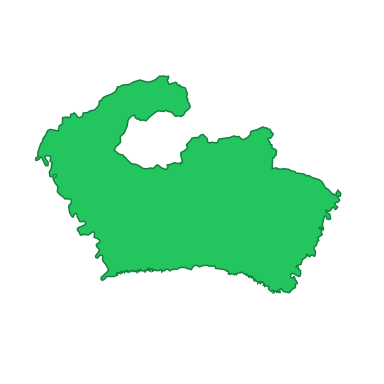 Makhoalipana, Maseru, Lesotho (Natural Earth projection), rotated 166°
{"feature_id": "5366337B32036214751587", "entity_name": "Makhoalipana", "entity_type": "district", "adm_level": 2, "iso_a3": "LSO", "parent_name": "Lesotho", "parent_adm1": "Maseru", "projection": "natural_earth1", "projection_center": [28.011, -29.76], "detail": "fine", "context": "isolated", "style": "filled", "palette": "green", "viewbox_px": 384, "rotation_deg": 166, "n_neighbors": 0, "source": "geoboundaries", "source_scale": "gbopen_adm2", "svg_char_len": 6030}
<svg xmlns="http://www.w3.org/2000/svg" viewBox="0 0 384 384"><g transform="rotate(166 192 192)"><path d="M179.2,244.2L180.7,242.5L186.0,239.1L185.6,235.7L189.5,233.8L193.2,233.0L193.9,230.8L194.0,223.4L194.9,223.6L195.4,222.6L196.1,222.8L196.4,222.2L196.9,223.0L198.1,222.8L202.1,224.7L205.7,224.0L209.6,224.2L209.3,221.8L211.9,220.0L215.6,222.7L218.2,226.1L219.6,226.8L223.7,224.2L226.4,225.3L230.3,225.4L233.8,226.7L237.5,230.7L240.2,232.6L243.9,234.0L247.7,239.9L248.5,242.1L249.2,242.3L249.8,244.4L253.7,246.5L257.3,251.3L254.5,254.8L251.9,255.7L249.2,257.8L248.2,263.1L243.6,265.6L239.0,271.6L236.5,277.5L232.3,280.4L229.0,280.4L229.1,278.0L227.6,276.0L225.7,275.8L225.3,274.3L220.9,273.3L219.5,272.2L215.0,275.1L207.5,278.5L205.1,278.9L199.7,276.9L197.9,277.7L195.8,275.9L192.9,274.7L189.7,269.5L186.4,269.1L184.4,267.9L181.5,268.8L179.1,271.5L174.1,273.9L173.1,275.3L173.3,278.5L174.4,281.7L173.6,283.2L174.4,285.4L172.7,288.3L173.4,294.6L177.5,297.0L177.7,298.4L180.0,299.4L180.5,301.7L181.5,302.4L188.2,302.0L189.0,306.4L187.0,308.6L186.9,310.0L189.3,310.2L192.0,311.7L193.9,311.5L195.1,312.3L200.6,309.8L203.7,309.1L208.4,309.2L215.5,313.3L221.8,312.9L227.2,311.5L233.9,312.6L236.5,311.6L238.8,312.1L241.6,308.3L242.7,307.7L246.2,306.5L253.1,305.7L255.7,304.9L258.2,302.8L259.6,302.8L261.7,298.4L266.4,295.2L271.0,295.4L274.7,294.3L277.8,295.0L278.4,294.9L280.4,291.7L283.4,291.4L285.2,292.6L285.4,294.3L287.1,297.4L288.5,296.5L290.7,296.7L291.9,294.3L293.0,293.8L295.0,294.9L299.6,295.4L301.2,289.8L301.8,288.9L303.5,288.9L305.0,288.0L307.0,283.6L314.6,287.1L317.4,286.4L320.2,282.6L324.0,279.4L324.8,277.0L326.7,275.8L329.0,272.5L331.6,268.4L332.7,265.0L332.4,263.5L334.8,263.2L335.9,261.5L335.8,260.6L334.9,260.2L332.2,260.9L330.5,262.4L329.5,262.2L327.7,253.0L325.4,252.4L324.4,255.2L326.5,261.7L326.2,262.3L324.3,262.4L320.8,261.0L320.5,260.3L322.3,256.3L320.6,254.5L323.1,248.4L325.6,245.9L326.1,241.8L325.4,240.9L323.5,240.8L321.1,242.4L319.4,241.4L320.3,239.6L322.8,239.6L323.6,238.8L322.6,233.6L320.8,229.8L322.6,224.8L320.8,221.3L317.9,218.0L317.2,216.2L312.0,214.7L311.2,213.6L311.3,212.0L312.4,209.9L314.4,209.1L315.3,207.4L315.7,201.3L314.3,197.0L313.3,196.4L311.1,199.2L309.5,199.1L309.0,197.7L309.4,195.2L308.5,193.3L308.4,191.1L307.3,190.0L303.2,189.6L302.7,187.1L304.6,185.9L310.9,184.9L312.1,184.0L312.2,182.3L311.2,180.2L310.9,177.7L309.9,176.8L307.6,177.1L303.1,175.5L301.4,175.8L298.9,177.3L296.8,176.8L296.6,175.4L297.9,171.6L295.2,169.9L293.0,167.4L293.5,166.0L297.5,164.2L297.8,162.2L296.0,159.1L296.0,158.0L297.5,156.0L300.8,153.6L301.3,151.8L299.7,150.7L296.6,152.8L294.5,152.4L294.2,150.5L295.2,148.3L295.1,146.4L293.4,143.0L291.7,137.1L293.0,135.3L300.9,131.0L301.3,129.3L300.5,128.0L298.4,128.4L295.2,130.6L288.2,128.9L284.5,129.3L284.9,130.8L284.1,132.0L283.7,131.7L283.9,130.6L282.9,131.3L281.5,130.2L281.3,131.3L279.7,132.3L279.7,130.3L277.9,131.2L277.3,131.1L277.0,130.1L276.2,131.3L274.2,131.9L274.0,131.4L275.6,130.5L274.0,130.6L273.4,129.4L272.1,130.3L271.1,129.4L270.5,130.2L269.4,130.3L269.0,129.6L267.7,129.9L267.4,128.7L265.8,129.0L265.0,127.4L264.4,129.2L262.5,129.0L263.1,127.7L262.7,127.4L261.0,129.3L260.4,128.0L258.8,127.2L257.5,127.5L256.9,125.8L256.1,126.9L254.6,126.7L253.7,128.4L253.0,127.6L253.0,126.3L251.9,125.5L252.4,126.6L251.7,128.2L250.8,126.9L249.1,127.1L248.7,126.6L249.9,125.3L249.4,124.6L246.5,125.6L246.5,124.8L244.5,124.0L242.2,123.7L241.5,124.6L240.4,123.5L240.6,121.9L238.9,123.1L238.0,122.1L236.2,123.3L233.9,122.8L232.8,120.9L229.2,121.6L224.9,120.7L221.7,121.6L216.6,120.4L216.1,119.4L211.4,116.9L208.8,119.6L207.3,120.0L205.1,119.7L202.8,117.5L198.6,118.0L194.4,117.0L193.6,116.0L187.7,114.6L187.5,112.1L179.1,108.9L177.4,106.8L176.1,106.5L176.0,104.4L176.6,103.8L174.8,102.7L173.1,103.3L170.9,101.5L170.5,102.1L169.8,101.6L169.2,102.0L168.9,101.1L167.4,102.1L165.4,102.3L164.9,101.8L163.2,102.3L160.6,99.5L158.7,99.3L159.5,98.0L156.5,96.7L157.5,96.1L157.2,95.3L155.3,95.8L154.9,94.4L153.6,95.4L153.4,92.1L152.2,92.0L153.1,90.9L150.6,89.6L149.9,88.3L150.2,87.5L148.1,88.5L148.0,86.6L146.3,87.5L146.7,88.1L145.2,87.8L144.9,86.0L144.0,85.5L145.3,84.3L144.1,84.0L144.3,82.8L142.1,83.1L141.2,81.9L140.3,81.8L141.2,79.3L139.1,76.2L137.1,76.9L137.6,74.4L136.5,74.6L135.5,75.8L134.7,75.8L134.1,74.3L132.5,75.7L132.6,73.7L130.8,73.2L130.5,75.6L129.8,76.8L128.8,76.9L127.4,73.4L122.0,70.7L118.4,73.3L114.8,74.3L113.9,77.6L112.0,77.7L111.8,78.7L113.1,82.2L113.2,85.0L114.0,85.2L115.3,84.2L116.8,85.1L116.8,86.7L115.7,88.3L114.0,88.8L109.1,84.4L107.7,84.1L106.5,85.9L105.7,89.4L107.0,91.0L107.1,93.6L109.1,94.0L108.3,95.2L103.7,95.4L101.6,99.3L96.4,101.8L96.2,103.4L95.4,103.8L93.8,100.8L90.9,102.0L89.0,100.1L88.0,100.3L86.5,104.4L87.4,107.0L86.9,108.8L84.0,110.4L82.4,113.8L80.8,114.0L80.8,117.1L75.9,119.2L76.4,121.0L75.5,123.2L77.3,126.4L76.4,127.1L75.9,126.8L73.8,123.6L73.3,124.4L73.5,127.6L72.9,129.8L69.3,136.6L67.9,136.3L67.7,133.3L65.5,132.1L64.0,132.5L63.7,137.0L66.7,139.8L66.6,141.4L66.1,142.0L64.5,140.2L62.9,140.2L59.2,143.1L57.9,142.5L57.4,140.4L56.1,140.6L54.4,142.0L56.6,145.6L55.5,146.9L53.2,146.8L51.0,148.0L50.8,148.8L52.2,152.6L49.2,152.1L48.1,154.2L48.3,155.4L50.1,158.4L50.9,157.1L52.0,156.8L52.8,154.5L54.1,154.4L54.6,155.3L56.4,156.2L58.7,160.8L61.6,164.0L63.3,170.3L65.5,173.1L72.5,177.4L73.9,179.1L75.4,179.9L77.3,179.8L77.5,180.8L79.2,182.5L86.6,185.3L87.2,186.9L90.1,188.2L92.9,190.7L97.8,192.5L101.3,192.8L104.6,195.1L108.6,195.2L105.6,205.3L103.9,205.5L103.0,206.8L101.6,207.4L100.0,211.6L100.9,213.3L103.7,215.2L103.1,218.4L104.6,219.4L104.2,220.6L105.5,224.1L105.2,225.6L102.7,225.2L99.9,227.5L99.2,229.1L99.9,229.4L101.3,234.0L103.4,234.8L103.8,236.1L104.5,235.9L107.6,238.0L114.4,236.6L118.8,236.8L120.5,236.3L122.0,232.8L123.8,232.5L124.8,231.4L129.5,230.4L131.4,231.7L132.9,234.4L135.3,234.8L137.6,236.2L142.4,235.7L153.1,236.9L155.5,233.8L156.5,233.7L160.9,235.6L163.2,235.4L164.8,236.8L164.3,239.9L167.4,245.2L169.9,245.0L173.6,243.1L175.4,244.1L179.2,244.2Z" fill="#22c55e" stroke="#15803d" stroke-width="1.5"/></g></svg>